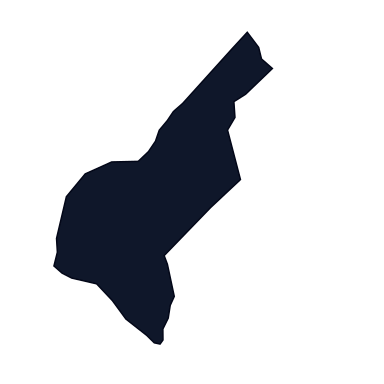 outline of Abim, rotated 46°
{"feature_id": "UGA-3126", "entity_name": "Abim", "entity_type": "County", "adm_level": 1, "iso_a3": "UGA", "parent_name": "Uganda", "parent_adm1": "", "projection": "natural_earth1", "projection_center": [33.73, 2.826], "detail": "fine", "context": "isolated", "style": "filled", "palette": "ink", "viewbox_px": 384, "rotation_deg": 46, "n_neighbors": 0, "source": "natural_earth", "source_scale": "10m", "svg_char_len": 642}
<svg xmlns="http://www.w3.org/2000/svg" viewBox="0 0 384 384"><g transform="rotate(46 192 192)"><path d="M116.8,63.7L115.5,41.3L134.3,43.6L144.6,49.6L159.0,48.4L158.9,85.4L156.1,99.1L168.2,109.3L172.1,123.4L216.7,148.5L216.1,189.4L218.4,256.2L226.9,259.9L254.8,277.3L258.4,286.4L266.2,296.7L270.3,308.1L278.3,315.7L279.2,320.6L274.3,323.9L263.5,324.2L237.5,327.8L214.8,324.7L191.8,324.4L170.4,338.3L160.2,341.8L149.3,342.7L141.8,330.7L131.3,321.7L108.1,285.6L104.8,256.2L114.6,228.9L132.6,209.4L132.7,195.3L130.1,183.0L124.8,172.6L123.5,160.3L121.2,149.4L121.8,137.2L116.8,63.7Z" fill="#0f172a" stroke="#020617" stroke-width="1.5"/></g></svg>